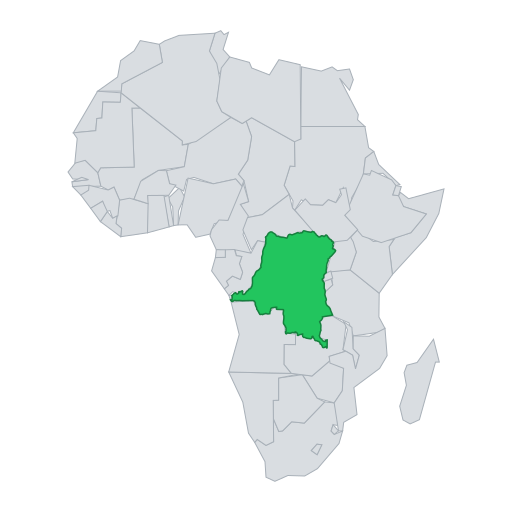 where Democratic Republic of the Congo sits in Africa
{"feature_id": "COD", "entity_name": "Democratic Republic of the Congo", "entity_type": "country or territory", "adm_level": 0, "iso_a3": "COD", "parent_name": "Africa", "parent_adm1": "", "projection": "robinson", "projection_center": [23.721, -4.071], "detail": "fine", "context": "in_parent", "style": "filled", "palette": "green", "viewbox_px": 512, "rotation_deg": 0, "n_neighbors": 49, "source": "natural_earth", "source_scale": "50m", "svg_char_len": 15779}
<svg xmlns="http://www.w3.org/2000/svg" viewBox="0 0 512 512"><path d="M350.1,269.9L379.2,293.2L378.9,317.0L385.0,328.4L380.6,332.0L353.3,335.9L348.9,322.8L332.5,316.0L326.4,304.7L324.9,292.1L332.7,284.9L330.8,271.0L350.1,269.9Z" fill="#d9dde1" stroke="#a8b0b8" stroke-width="1"/><path d="M121.1,92.8L120.3,102.3L102.8,102.0L101.9,118.0L96.8,118.5L95.8,130.7L73.3,132.8L97.6,91.2L121.1,92.8Z" fill="#d9dde1" stroke="#a8b0b8" stroke-width="1"/><path d="M392.4,274.5L389.1,246.6L395.3,237.5L410.9,232.7L426.3,214.0L403.6,206.6L397.3,197.9L400.4,192.4L408.6,198.7L444.0,188.9L438.8,213.5L426.3,237.6L392.4,274.5Z" fill="#d9dde1" stroke="#a8b0b8" stroke-width="1"/><path d="M379.2,293.2L350.1,269.9L356.3,252.1L350.6,237.4L357.7,229.6L373.3,241.5L393.8,239.5L389.1,246.6L392.4,274.5L379.2,293.2Z" fill="#d9dde1" stroke="#a8b0b8" stroke-width="1"/><path d="M298.6,212.6L294.4,209.8L292.5,208.0L293.0,200.9L284.1,185.3L290.1,166.0L294.8,166.5L294.6,139.0L300.8,139.0L300.8,126.5L364.9,126.5L368.6,147.7L373.8,151.5L365.4,158.0L362.6,179.2L351.7,197.6L350.3,209.7L343.3,187.5L335.8,202.7L328.4,199.7L322.7,205.3L310.6,204.8L301.3,199.8L294.8,210.1L298.6,212.6Z" fill="#d9dde1" stroke="#a8b0b8" stroke-width="1"/><path d="M294.5,141.7L294.8,166.5L290.1,166.0L284.1,185.3L289.2,194.4L262.3,214.7L247.5,217.6L240.3,204.3L248.6,201.6L244.0,180.7L238.3,174.2L247.7,160.1L251.6,136.6L246.1,121.2L251.6,117.7L294.5,141.7Z" fill="#d9dde1" stroke="#a8b0b8" stroke-width="1"/><path d="M254.7,442.4L257.2,439.4L266.0,445.4L273.6,441.7L273.4,418.7L278.8,431.5L282.6,430.9L291.7,421.8L304.3,423.1L324.7,401.9L334.2,402.9L338.0,416.2L337.4,425.4L333.1,424.7L331.1,431.0L334.3,434.4L342.6,431.0L339.0,443.5L317.5,468.6L304.7,476.0L287.9,475.5L274.9,481.3L266.0,477.2L265.0,461.7L254.7,442.4ZM321.8,444.8L317.0,444.2L311.3,450.6L317.1,454.7L321.8,444.8Z" fill="#d9dde1" stroke="#a8b0b8" stroke-width="1"/><path d="M321.8,444.8L317.1,454.7L311.3,450.6L317.0,444.2L321.8,444.8Z" fill="#d9dde1" stroke="#a8b0b8" stroke-width="1"/><path d="M334.2,402.9L317.1,398.2L302.3,374.7L312.0,376.0L329.7,360.8L343.6,368.3L342.3,390.8L334.2,402.9Z" fill="#d9dde1" stroke="#a8b0b8" stroke-width="1"/><path d="M324.7,401.9L304.3,423.1L291.7,421.8L282.6,430.9L278.8,431.5L273.4,418.7L273.2,400.4L278.6,400.2L278.6,378.0L302.3,374.7L317.1,398.2L324.7,401.9Z" fill="#d9dde1" stroke="#a8b0b8" stroke-width="1"/><path d="M273.2,400.4L273.6,441.7L266.0,445.4L257.2,439.4L254.7,442.4L248.5,433.2L242.8,402.1L228.7,372.0L301.3,373.7L278.6,378.0L278.6,400.2L273.2,400.4Z" fill="#d9dde1" stroke="#a8b0b8" stroke-width="1"/><path d="M72.7,179.0L68.0,172.0L76.8,161.2L85.2,160.3L97.8,172.7L100.9,186.2L72.6,186.6L71.9,181.8L88.4,179.6L72.7,179.0Z" fill="#d9dde1" stroke="#a8b0b8" stroke-width="1"/><path d="M100.9,186.2L97.8,172.7L100.7,167.8L134.2,167.1L131.9,108.1L140.1,108.0L182.4,141.0L182.3,144.9L188.3,144.3L184.3,166.7L158.5,170.4L142.2,179.8L134.0,199.2L119.6,200.2L114.0,187.1L108.2,190.0L100.9,186.2Z" fill="#d9dde1" stroke="#a8b0b8" stroke-width="1"/><path d="M73.3,132.8L95.8,130.7L96.8,118.5L101.9,118.0L102.8,102.0L120.3,102.3L121.1,92.8L140.1,108.0L131.9,108.1L134.2,167.1L100.7,167.8L97.8,172.7L85.2,160.3L74.8,163.2L77.2,138.5L73.3,132.8Z" fill="#d9dde1" stroke="#a8b0b8" stroke-width="1"/><path d="M178.1,224.9L173.6,225.6L172.7,206.9L167.9,198.6L179.6,187.5L184.6,196.9L178.5,210.8L178.1,224.9Z" fill="#d9dde1" stroke="#a8b0b8" stroke-width="1"/><path d="M246.1,121.2L251.6,136.6L247.7,160.1L238.3,174.2L244.0,180.7L241.7,186.0L235.7,179.0L213.4,183.8L193.9,177.4L186.6,179.4L183.7,191.1L169.6,183.7L166.4,170.7L184.3,166.7L188.3,144.3L230.8,117.4L242.2,123.5L246.1,121.2Z" fill="#d9dde1" stroke="#a8b0b8" stroke-width="1"/><path d="M178.1,224.9L188.1,178.1L213.4,183.8L235.7,179.0L243.8,188.5L228.0,220.4L214.2,223.7L210.0,234.1L195.7,237.3L187.1,224.8L178.1,224.9Z" fill="#d9dde1" stroke="#a8b0b8" stroke-width="1"/><path d="M243.4,183.6L248.6,201.6L240.3,204.3L248.3,215.9L243.0,234.4L251.0,253.2L216.3,249.7L210.0,235.9L211.5,229.7L219.1,220.0L228.0,220.4L243.4,183.6Z" fill="#d9dde1" stroke="#a8b0b8" stroke-width="1"/><path d="M168.7,195.3L173.6,225.6L169.1,226.9L163.5,197.1L168.7,195.3Z" fill="#d9dde1" stroke="#a8b0b8" stroke-width="1"/><path d="M163.9,195.1L169.1,226.9L147.5,232.8L147.6,195.5L163.9,195.1Z" fill="#d9dde1" stroke="#a8b0b8" stroke-width="1"/><path d="M119.6,200.2L129.6,198.2L148.1,203.7L147.5,232.8L120.7,236.7L121.6,228.3L116.0,223.6L119.6,200.2Z" fill="#d9dde1" stroke="#a8b0b8" stroke-width="1"/><path d="M89.0,185.3L108.2,190.0L114.0,187.1L119.6,200.2L117.9,215.9L112.7,218.3L109.9,210.6L105.7,211.8L102.6,201.2L90.7,208.3L80.8,195.0L89.0,185.3Z" fill="#d9dde1" stroke="#a8b0b8" stroke-width="1"/><path d="M72.6,186.6L89.0,185.3L88.6,190.2L80.8,195.0L72.6,186.6Z" fill="#d9dde1" stroke="#a8b0b8" stroke-width="1"/><path d="M117.0,215.9L116.0,223.6L121.6,228.3L120.7,236.7L100.4,221.6L107.3,211.5L112.7,218.3L117.0,215.9Z" fill="#d9dde1" stroke="#a8b0b8" stroke-width="1"/><path d="M90.7,208.3L102.6,201.2L107.3,211.5L100.4,221.6L90.7,208.3Z" fill="#d9dde1" stroke="#a8b0b8" stroke-width="1"/><path d="M134.0,199.2L140.7,181.3L158.5,170.4L166.4,170.7L169.6,183.7L175.9,185.1L168.7,195.3L147.6,195.5L148.1,203.7L134.0,199.2Z" fill="#d9dde1" stroke="#a8b0b8" stroke-width="1"/><path d="M314.0,231.3L297.7,232.0L286.7,238.8L270.5,232.5L264.9,242.1L257.6,240.7L251.4,249.8L242.9,229.9L247.5,217.6L262.3,214.7L289.2,194.4L292.5,208.0L314.0,231.3Z" fill="#d9dde1" stroke="#a8b0b8" stroke-width="1"/><path d="M264.9,242.1L260.4,266.6L251.4,286.0L243.6,295.0L232.7,291.7L228.9,295.4L224.3,288.8L228.5,285.4L226.4,281.2L232.4,276.1L240.3,279.4L242.6,272.3L239.4,263.7L241.8,256.5L236.3,255.7L235.2,249.8L251.0,253.2L257.6,240.7L264.9,242.1Z" fill="#d9dde1" stroke="#a8b0b8" stroke-width="1"/><path d="M225.3,249.8L234.5,249.5L236.3,255.7L241.8,256.5L239.4,263.7L242.6,272.3L240.3,279.4L232.4,276.1L226.4,281.2L228.5,285.4L224.3,288.8L211.6,270.9L215.4,257.6L225.3,257.3L225.3,249.8Z" fill="#d9dde1" stroke="#a8b0b8" stroke-width="1"/><path d="M216.3,249.7L225.3,249.8L225.3,257.3L215.4,257.6L216.3,249.7Z" fill="#d9dde1" stroke="#a8b0b8" stroke-width="1"/><path d="M332.5,316.0L346.1,324.4L343.0,349.6L345.8,351.2L329.2,356.4L329.7,360.8L312.0,376.0L291.2,373.4L283.9,364.4L284.1,344.5L295.5,344.6L295.0,332.2L312.8,336.5L326.6,346.8L326.2,340.0L319.4,337.6L319.9,321.2L322.9,316.5L332.5,316.0Z" fill="#d9dde1" stroke="#a8b0b8" stroke-width="1"/><path d="M343.6,321.6L351.9,327.4L353.2,348.8L359.3,355.2L355.5,368.9L352.6,355.2L343.0,349.6L347.5,329.7L343.6,321.6Z" fill="#d9dde1" stroke="#a8b0b8" stroke-width="1"/><path d="M353.3,335.9L369.3,336.2L385.0,328.4L387.1,355.7L379.6,368.4L353.9,387.5L357.0,414.6L343.7,422.3L342.6,431.0L338.5,430.9L334.2,402.9L342.3,390.8L343.6,368.3L330.0,363.1L329.2,356.4L345.8,351.2L352.6,355.2L355.5,368.9L359.3,355.2L353.2,348.8L353.3,335.9Z" fill="#d9dde1" stroke="#a8b0b8" stroke-width="1"/><path d="M338.5,430.9L334.3,434.4L331.1,431.0L333.1,424.7L338.5,430.9Z" fill="#d9dde1" stroke="#a8b0b8" stroke-width="1"/><path d="M228.9,295.4L232.8,295.1L230.4,300.1L228.9,295.4ZM231.1,302.1L253.2,300.7L259.5,314.3L268.0,313.8L273.9,307.3L282.9,309.5L285.3,333.2L295.5,334.1L295.5,344.6L284.1,344.5L283.9,364.4L291.2,373.4L228.7,372.0L239.2,334.5L231.1,302.1Z" fill="#d9dde1" stroke="#a8b0b8" stroke-width="1"/><path d="M331.1,279.0L332.7,284.9L324.9,292.1L323.1,281.7L331.1,279.0Z" fill="#d9dde1" stroke="#a8b0b8" stroke-width="1"/><path d="M433.5,339.2L439.3,362.1L435.5,362.1L419.4,419.7L410.1,423.9L403.0,420.0L399.7,406.2L406.4,385.3L404.1,372.7L406.9,365.2L417.1,362.5L433.5,339.2Z" fill="#d9dde1" stroke="#a8b0b8" stroke-width="1"/><path d="M71.9,181.8L81.7,177.3L88.4,179.6L71.9,181.8Z" fill="#d9dde1" stroke="#a8b0b8" stroke-width="1"/><path d="M218.6,74.7L209.4,51.0L215.0,33.2L220.8,30.7L224.0,34.6L228.5,32.3L223.1,49.5L229.8,57.0L218.6,74.7Z" fill="#d9dde1" stroke="#a8b0b8" stroke-width="1"/><path d="M121.1,92.8L121.8,83.8L162.4,62.4L159.3,44.3L164.7,40.9L179.0,35.4L215.0,33.2L209.4,51.0L216.8,63.4L220.1,80.2L216.8,101.0L221.8,111.7L230.8,117.4L196.1,141.5L182.3,144.9L182.4,141.0L121.1,92.8Z" fill="#d9dde1" stroke="#a8b0b8" stroke-width="1"/><path d="M363.4,173.9L365.4,158.0L373.8,151.5L378.7,164.5L399.9,184.6L395.9,185.6L383.0,173.3L363.4,173.9Z" fill="#d9dde1" stroke="#a8b0b8" stroke-width="1"/><path d="M97.6,91.2L117.6,77.0L120.6,60.6L134.1,50.9L140.2,40.6L159.3,44.3L162.4,62.4L121.8,83.8L121.3,91.2L97.6,91.2Z" fill="#d9dde1" stroke="#a8b0b8" stroke-width="1"/><path d="M364.9,126.5L300.8,126.5L301.5,66.8L321.3,71.1L332.1,66.9L337.4,70.7L349.5,69.0L353.3,79.7L349.5,90.2L339.5,78.1L358.3,114.5L357.5,119.7L364.9,126.5Z" fill="#d9dde1" stroke="#a8b0b8" stroke-width="1"/><path d="M300.2,64.7L300.8,139.0L294.5,141.7L251.6,117.7L242.2,123.5L221.8,111.7L216.8,101.0L221.3,68.0L229.8,57.0L249.4,62.4L251.7,68.0L269.4,74.9L278.9,59.7L300.2,64.7Z" fill="#d9dde1" stroke="#a8b0b8" stroke-width="1"/><path d="M426.3,214.0L410.9,232.7L381.2,242.6L362.4,236.2L344.7,215.3L363.4,173.9L369.7,175.2L371.4,170.5L391.7,179.9L395.9,185.6L392.8,194.9L398.5,195.7L403.6,206.6L426.3,214.0Z" fill="#d9dde1" stroke="#a8b0b8" stroke-width="1"/><path d="M395.9,185.6L401.3,186.6L398.5,195.7L392.8,194.9L395.9,185.6Z" fill="#d9dde1" stroke="#a8b0b8" stroke-width="1"/><path d="M350.1,269.9L326.2,272.3L335.4,240.3L350.6,237.4L353.2,241.7L356.3,252.1L350.1,269.9Z" fill="#d9dde1" stroke="#a8b0b8" stroke-width="1"/><path d="M330.8,271.0L332.7,278.2L323.1,281.7L324.6,274.1L330.8,271.0Z" fill="#d9dde1" stroke="#a8b0b8" stroke-width="1"/><path d="M333.1,242.0L326.9,235.2L317.4,236.4L294.8,210.1L305.3,198.9L310.6,204.8L322.7,205.3L328.4,199.7L335.8,202.7L341.5,194.7L339.7,189.2L345.9,187.9L350.3,209.7L344.7,215.3L357.7,229.6L347.2,240.3L333.1,242.0Z" fill="#d9dde1" stroke="#a8b0b8" stroke-width="1"/><path d="M332.6,315.1L322.8,316.8L322.4,317.0L322.6,317.6L322.5,318.3L322.2,318.8L321.8,319.5L321.2,320.3L320.8,320.6L319.6,321.6L319.6,321.9L320.4,323.4L320.7,324.4L320.9,325.4L320.8,328.4L320.7,328.9L320.9,329.8L320.9,330.6L320.4,331.4L320.2,332.2L319.6,334.9L319.3,335.7L319.7,337.0L320.0,337.7L320.5,338.3L321.6,339.2L322.0,339.7L323.2,341.1L324.7,341.4L325.2,341.6L325.5,341.5L325.6,341.3L325.6,340.9L325.5,340.6L325.6,340.3L325.9,340.2L326.6,340.1L326.9,339.9L327.2,339.9L327.1,347.5L327.0,347.9L326.7,348.0L326.4,347.7L326.2,347.0L326.1,346.8L325.8,346.7L325.4,346.8L324.9,347.2L324.2,347.5L323.9,347.6L323.4,347.6L322.9,347.5L322.5,347.1L322.4,346.5L321.6,345.0L321.0,344.3L320.7,344.2L320.3,344.1L320.1,343.5L319.9,342.8L319.6,342.1L319.3,341.9L316.6,340.7L316.0,340.7L315.4,340.6L315.0,340.3L314.8,340.1L314.2,338.6L313.2,337.6L313.0,336.4L312.8,336.3L312.4,336.4L312.1,336.5L311.6,338.3L311.3,338.6L310.9,338.7L310.4,338.8L309.7,338.7L308.3,338.5L306.5,338.2L306.0,338.0L305.6,337.8L304.3,337.3L303.7,337.4L303.4,337.0L303.2,336.9L302.8,336.6L302.7,336.1L302.5,335.2L302.5,334.7L302.7,334.1L302.3,334.0L301.9,334.2L300.2,334.5L299.1,334.9L298.3,335.4L298.0,335.5L297.5,335.3L297.3,335.0L297.5,334.7L297.6,334.3L297.4,333.5L297.2,333.1L296.5,332.8L296.2,332.8L296.1,332.4L295.9,332.0L295.3,331.9L295.0,332.0L294.9,332.3L294.9,332.6L294.5,332.7L293.8,332.7L293.0,332.5L292.5,332.5L292.1,332.5L290.8,333.1L290.4,333.2L288.9,333.2L288.1,333.0L287.5,333.0L287.1,333.2L286.6,333.7L286.2,333.9L285.7,333.4L285.7,332.7L285.4,332.0L285.6,331.6L286.0,331.3L286.1,330.7L286.0,329.9L286.0,329.2L286.1,328.9L286.0,328.0L285.5,326.7L284.9,325.6L284.2,324.7L283.7,323.9L283.4,323.1L283.5,321.2L283.9,318.3L283.9,316.1L283.3,314.6L283.2,313.1L283.5,311.4L283.6,310.3L283.4,309.7L283.2,309.6L280.0,309.5L276.8,309.4L276.5,309.2L276.4,308.8L276.4,308.4L276.7,307.3L276.7,307.2L276.1,307.2L272.7,307.6L271.6,307.9L270.8,308.6L270.6,309.4L270.6,310.1L270.6,310.6L270.2,311.2L270.0,311.8L269.8,313.7L268.7,313.9L267.6,313.9L267.4,313.9L266.0,313.5L265.5,313.5L265.1,313.7L263.5,314.1L262.7,314.6L262.0,314.3L261.2,314.4L260.1,314.5L259.9,314.4L258.3,311.6L257.8,310.6L257.3,309.9L256.8,309.3L256.7,308.7L256.7,308.1L256.5,307.3L255.9,306.3L255.5,305.3L255.3,304.4L255.3,303.6L255.4,302.9L255.2,302.5L254.9,302.1L254.7,301.8L254.3,301.2L253.8,300.8L253.1,300.6L249.9,300.6L244.5,300.7L244.0,300.7L242.6,300.8L241.0,300.6L239.1,300.5L238.4,300.6L236.9,300.6L236.5,300.7L235.9,300.5L235.2,300.6L234.9,300.4L234.1,300.5L233.7,300.7L233.1,301.2L232.2,301.5L231.9,301.4L231.6,301.3L231.1,300.8L230.7,300.2L230.5,299.9L230.8,299.8L232.0,299.7L232.2,297.8L232.2,296.1L232.0,295.9L231.8,295.8L231.8,295.6L232.6,295.0L233.0,294.6L233.9,293.5L235.1,293.0L235.2,292.9L235.3,292.7L235.6,292.7L236.0,293.3L236.9,294.1L237.1,294.2L237.9,293.7L238.5,293.4L238.6,293.2L238.7,292.8L238.8,291.8L239.1,291.6L239.5,291.8L239.7,292.0L240.0,292.0L240.6,291.5L241.1,291.4L241.6,291.2L242.1,290.8L242.3,290.8L242.8,291.6L242.4,292.6L242.6,293.2L242.6,294.1L242.9,294.3L243.1,294.3L243.4,294.3L243.8,294.5L244.2,294.4L244.6,294.2L245.4,293.3L246.4,291.8L247.3,290.9L248.0,290.5L248.5,290.0L248.7,289.5L249.1,289.1L250.0,288.8L250.6,288.5L251.3,287.5L252.2,285.6L252.5,282.9L252.4,278.2L252.5,277.6L252.8,277.1L253.7,276.2L254.3,275.4L254.8,274.6L255.6,272.6L256.2,271.6L256.7,271.1L257.4,270.6L258.4,270.2L259.8,268.8L261.0,267.4L260.8,265.7L261.1,264.3L261.7,262.5L261.9,260.6L261.7,258.6L261.8,257.0L262.7,254.4L262.8,253.2L262.8,251.4L263.5,248.9L265.1,245.7L265.8,243.3L265.7,241.0L265.9,239.3L265.8,238.2L265.5,237.4L265.7,236.8L266.2,236.6L267.0,235.7L268.3,233.4L269.7,232.3L270.7,231.9L271.7,232.0L272.3,232.2L272.6,232.5L273.4,233.1L274.7,233.8L275.6,234.7L276.1,235.6L276.5,236.1L277.0,236.3L277.8,236.2L278.7,236.4L279.6,236.9L280.2,237.1L280.4,237.0L280.8,237.0L281.9,237.4L282.7,237.2L283.9,237.4L286.7,238.1L287.0,238.0L287.2,237.7L287.8,236.2L288.3,235.3L288.6,234.9L289.2,234.5L289.9,234.3L290.6,234.4L291.7,234.8L292.2,234.8L292.8,234.6L293.7,234.2L294.6,233.9L295.4,233.6L297.2,232.8L297.9,232.7L299.7,233.2L300.8,232.8L301.3,232.9L302.3,232.6L302.5,232.3L303.2,231.1L303.8,230.8L304.9,231.0L307.4,231.7L309.9,232.2L311.0,232.3L311.3,232.3L312.1,231.6L312.4,231.5L312.6,231.5L314.2,232.0L314.4,232.5L314.7,232.9L315.6,233.7L315.9,234.1L316.3,234.9L316.6,235.2L317.0,235.4L317.4,235.6L317.6,236.0L317.9,236.3L318.5,236.8L319.2,236.9L319.5,237.0L319.8,236.9L320.4,236.6L321.0,236.1L321.5,235.8L322.7,235.9L323.3,236.2L323.8,236.5L324.2,236.5L325.1,235.9L325.6,235.2L326.0,235.0L326.7,235.3L327.3,236.0L327.8,236.9L328.6,237.9L329.6,239.1L330.8,239.7L331.3,240.0L331.5,240.3L331.6,240.7L331.6,241.1L331.7,241.3L332.4,241.2L332.7,241.3L332.9,241.6L333.1,242.2L333.4,242.3L333.5,242.7L333.1,243.5L332.8,244.2L332.7,245.0L333.0,245.4L333.2,245.6L333.2,245.9L333.2,246.2L332.8,247.2L332.5,248.2L332.5,248.6L333.1,249.0L333.8,248.9L334.1,249.2L334.3,249.5L334.5,249.7L334.8,249.7L335.0,249.8L335.1,250.0L335.6,250.5L335.5,250.9L335.4,251.2L334.9,252.0L333.7,253.4L331.2,256.2L330.3,256.6L329.9,257.1L329.5,257.9L328.8,258.6L328.2,258.8L328.2,259.0L328.1,259.7L328.2,260.8L327.9,261.3L327.3,262.9L327.2,263.0L327.0,263.3L326.9,264.3L326.8,264.7L326.5,266.7L326.6,267.3L326.4,268.3L326.4,268.8L326.3,269.5L326.1,270.1L326.2,272.6L326.0,272.8L325.6,273.1L325.2,273.4L324.1,274.7L323.8,275.3L323.7,275.6L323.8,277.3L323.7,277.7L323.6,277.9L322.3,278.9L322.2,279.2L322.4,279.9L322.4,280.4L322.6,280.7L323.1,280.9L323.1,281.4L323.9,282.4L324.2,283.0L324.3,283.6L324.2,285.0L324.2,285.7L324.2,287.9L324.2,288.4L324.8,289.5L325.1,290.8L325.2,291.7L325.2,292.0L324.8,294.2L324.8,294.6L324.9,295.1L325.6,297.2L326.0,298.3L326.3,299.2L326.3,299.7L326.3,300.0L325.7,301.2L325.6,301.6L325.8,302.5L325.9,303.4L326.9,305.3L327.4,305.8L328.2,306.4L329.0,307.1L329.6,307.9L330.2,308.9L330.5,309.8L330.7,310.6L332.4,314.6L332.6,315.1Z" fill="#22c55e" stroke="#15803d" stroke-width="1.5"/></svg>